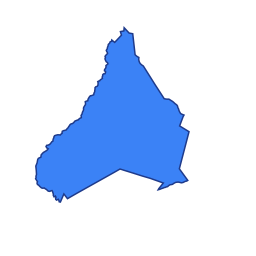 outline of Valença do Piauí, Piauí, Brazil, rotated 290°
{"feature_id": "56859067B96285294064693", "entity_name": "Valença do Piauí", "entity_type": "district", "adm_level": 2, "iso_a3": "BRA", "parent_name": "Brazil", "parent_adm1": "Piauí", "projection": "albers", "projection_center": [-41.803, -6.392], "detail": "fine", "context": "isolated", "style": "filled", "palette": "blue", "viewbox_px": 256, "rotation_deg": 290, "n_neighbors": 0, "source": "geoboundaries", "source_scale": "gbopen_adm2", "svg_char_len": 2740}
<svg xmlns="http://www.w3.org/2000/svg" viewBox="0 0 256 256"><g transform="rotate(290 128 128)"><path d="M43.8,63.4L43.1,64.7L42.5,66.1L42.1,67.3L42.3,68.6L43.0,69.9L42.5,71.2L42.4,72.3L41.8,73.6L41.4,74.6L41.7,76.2L42.6,77.0L43.2,78.0L42.3,79.0L41.4,79.6L40.5,80.4L39.2,80.8L38.0,82.1L39.2,83.1L38.3,84.0L37.2,84.0L36.2,84.5L35.8,85.6L37.2,86.8L36.4,87.8L35.1,88.6L35.3,89.8L44.1,90.3L40.9,95.3L45.8,99.4L49.7,102.7L81.5,130.1L86.7,134.5L87.3,146.7L87.8,158.3L88.3,165.9L88.4,180.0L81.6,177.7L80.3,177.5L81.3,178.9L82.6,180.3L83.5,181.5L84.4,182.4L84.9,183.3L85.7,184.1L86.5,185.3L87.9,186.0L89.0,186.9L89.6,188.0L90.3,189.1L91.8,190.1L93.2,191.4L93.9,192.7L94.4,193.8L94.6,195.2L94.7,196.8L95.5,198.2L96.4,199.1L97.5,200.1L98.2,201.3L99.2,202.1L107.2,190.2L109.2,190.0L145.4,186.6L147.6,175.8L157.6,175.9L159.3,176.2L159.4,173.6L159.6,172.5L160.7,171.1L161.9,169.9L163.2,169.0L164.4,167.7L165.5,167.1L166.4,165.9L167.0,163.8L167.8,162.0L168.3,160.5L168.5,159.3L168.8,158.1L169.1,156.6L168.4,154.7L168.1,153.2L167.9,152.0L178.0,138.6L191.5,121.2L192.0,119.2L192.7,117.5L193.6,116.4L194.5,115.6L196.1,114.6L198.0,114.1L198.3,112.3L198.6,111.2L199.3,109.6L218.2,100.2L217.6,96.6L220.9,90.1L217.8,90.9L216.0,87.9L213.0,90.1L203.9,86.2L205.1,82.7L203.9,83.0L203.0,81.8L201.4,81.7L199.8,80.9L198.3,81.2L197.0,81.1L195.2,81.4L193.6,81.0L192.6,81.8L192.0,82.7L191.0,83.3L189.7,82.7L188.8,82.3L187.5,81.9L186.5,82.7L185.1,82.7L183.8,83.8L182.8,84.9L182.5,86.3L181.4,87.2L180.3,86.6L179.2,85.9L178.3,86.3L176.9,86.6L174.9,86.0L173.7,86.3L173.4,87.6L172.4,87.9L171.1,87.8L170.5,86.5L169.3,86.0L168.2,86.4L167.0,86.3L165.8,87.0L164.7,86.2L163.7,85.5L162.6,85.2L162.1,84.4L161.2,83.7L160.4,84.4L159.1,84.8L157.8,85.1L156.6,84.8L155.8,83.7L154.6,83.2L153.3,83.7L152.0,83.9L150.7,84.3L149.1,84.1L147.5,84.4L146.6,83.4L145.9,82.6L145.4,81.6L143.8,81.0L142.7,80.8L141.4,80.6L139.8,80.9L138.9,79.5L138.0,78.8L137.0,79.5L135.5,80.0L133.8,79.6L132.2,79.3L131.1,79.5L130.1,80.0L128.8,80.0L127.4,79.8L125.3,80.0L123.8,79.6L122.9,80.1L121.8,80.6L121.0,79.8L120.1,79.0L118.9,78.7L118.1,77.7L117.4,76.9L116.3,75.7L114.4,75.1L113.1,74.2L112.4,73.1L111.4,72.4L110.3,72.2L109.0,71.8L107.7,71.6L106.6,71.0L105.2,70.7L104.3,69.6L103.5,68.4L102.5,67.4L101.4,67.5L100.4,67.9L99.5,67.2L98.3,66.8L98.0,65.5L97.6,64.3L96.7,62.9L95.7,61.7L94.7,61.4L93.6,61.6L91.9,61.5L89.9,61.9L89.0,61.1L87.2,60.6L85.6,59.9L84.4,58.5L83.9,57.5L82.5,57.3L81.4,58.7L81.2,60.1L80.2,59.8L79.1,59.3L78.1,58.5L76.9,57.6L76.2,56.9L74.9,56.3L73.1,55.6L70.7,56.1L69.9,55.2L68.9,54.2L67.6,53.9L64.2,54.5L60.7,54.4L58.2,55.6L57.2,56.1L53.1,57.9L51.2,58.0L49.9,58.6L48.7,58.5L48.1,59.4L47.3,60.3L46.8,61.2L45.0,61.4L43.9,62.3L43.8,63.4Z" fill="#3b82f6" stroke="#1e3a8a" stroke-width="1.5"/></g></svg>